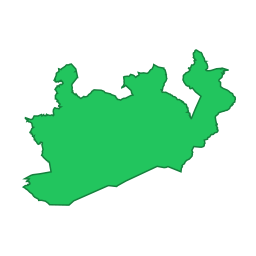 the district of Vicente Guerrero, Puebla, Mexico, rotated 97°
{"feature_id": "50627088B56083749221896", "entity_name": "Vicente Guerrero", "entity_type": "district", "adm_level": 2, "iso_a3": "MEX", "parent_name": "Mexico", "parent_adm1": "Puebla", "projection": "natural_earth1", "projection_center": [-97.21, 18.536], "detail": "fine", "context": "isolated", "style": "filled", "palette": "green", "viewbox_px": 256, "rotation_deg": 97, "n_neighbors": 0, "source": "geoboundaries", "source_scale": "gbopen_adm2", "svg_char_len": 5657}
<svg xmlns="http://www.w3.org/2000/svg" viewBox="0 0 256 256"><g transform="rotate(97 128 128)"><path d="M53.2,70.6L55.0,69.7L56.7,70.2L57.6,71.3L57.7,72.5L60.7,73.2L61.0,73.7L61.0,75.1L61.4,75.2L62.7,73.4L63.1,73.5L64.9,74.9L66.5,77.5L67.5,77.9L68.2,78.8L69.0,79.2L69.7,79.5L70.5,79.2L73.6,79.3L74.4,78.6L75.4,78.2L78.4,75.6L79.1,74.0L79.0,72.8L79.2,72.1L80.7,71.7L81.4,71.0L81.3,70.4L80.4,69.0L83.9,65.4L87.6,59.4L100.5,63.4L111.5,66.4L110.4,66.5L110.0,67.2L109.3,67.4L109.2,67.9L108.3,67.8L108.1,68.5L107.7,68.7L106.8,68.1L105.8,68.6L105.7,69.2L105.1,69.8L105.1,71.1L104.3,70.1L103.8,70.1L102.9,70.7L100.8,71.0L100.6,72.1L99.6,72.1L99.4,72.5L98.0,72.8L97.4,73.3L97.2,74.2L97.4,74.6L96.7,75.4L95.5,76.2L95.8,77.1L95.2,77.1L94.8,77.6L94.9,77.9L94.4,78.3L94.5,78.7L94.1,79.6L93.5,80.3L93.8,82.5L92.1,83.9L91.3,85.4L91.2,87.3L90.2,88.2L89.9,89.6L89.3,90.2L89.3,91.1L87.9,94.9L88.2,95.6L88.1,97.1L88.4,98.3L86.1,99.6L86.2,98.5L82.9,98.3L81.0,97.4L79.5,97.7L76.7,96.1L74.1,95.5L73.6,95.9L70.8,96.5L70.6,96.8L70.3,96.6L70.0,97.1L69.3,96.9L66.2,98.2L65.6,98.6L65.1,99.7L64.2,99.7L63.9,105.2L61.9,110.2L63.6,110.2L66.7,111.4L67.3,112.5L68.6,113.4L69.3,113.6L71.3,115.2L71.5,116.4L71.4,119.2L72.1,122.1L71.7,124.5L73.5,123.6L74.4,123.7L75.4,125.3L76.8,126.5L75.5,128.1L74.9,129.4L74.5,131.9L76.7,133.3L76.7,135.0L77.4,137.8L77.9,138.5L81.7,137.5L82.8,137.6L83.5,137.2L84.6,137.2L86.4,137.6L88.2,139.0L88.7,139.0L87.4,136.8L86.0,135.4L90.4,129.4L92.9,128.6L94.7,127.1L95.3,128.9L98.8,134.2L99.1,136.0L100.3,137.8L101.3,138.7L100.9,139.9L100.9,142.0L99.9,142.7L99.1,143.8L98.0,144.2L97.6,145.3L96.9,148.6L96.3,149.4L95.7,155.1L94.5,156.4L94.0,158.4L93.8,159.1L94.3,166.2L94.7,167.0L95.4,167.4L96.0,168.3L97.3,168.8L98.7,170.0L99.6,171.1L101.5,172.1L102.5,174.8L102.0,175.6L104.4,178.3L104.2,179.0L103.2,180.3L103.2,181.1L100.5,183.8L101.4,184.3L100.3,186.2L99.5,186.9L99.4,188.5L99.1,187.7L98.0,187.3L97.1,188.1L96.2,188.3L94.8,188.2L92.6,189.0L91.3,188.9L83.9,184.4L83.9,184.2L78.1,186.2L78.3,187.0L77.6,186.4L75.8,187.0L71.4,192.1L72.1,194.0L72.5,194.3L72.9,196.8L74.5,197.9L77.2,201.0L78.2,201.6L77.7,204.0L80.2,203.4L82.3,205.7L83.4,205.8L84.0,205.5L89.3,207.0L88.9,206.1L90.6,206.1L91.0,205.6L90.8,204.7L91.0,204.4L90.5,203.9L90.8,202.6L89.9,202.1L90.1,201.2L89.7,200.8L89.1,200.9L88.9,200.2L89.9,199.7L89.8,198.9L91.5,197.8L91.8,197.9L92.2,198.6L92.9,198.8L93.1,199.2L92.9,200.1L94.0,201.6L94.5,201.8L95.2,201.5L94.8,202.9L95.0,203.5L96.4,203.5L96.6,204.2L98.5,204.9L98.6,205.7L98.9,204.5L102.2,202.2L102.6,203.1L103.8,203.5L104.5,204.0L108.0,203.6L107.9,202.6L108.5,202.1L109.2,201.0L110.1,201.8L110.5,201.5L110.2,200.9L111.9,199.5L112.0,198.9L112.3,198.6L113.2,198.4L114.1,199.5L114.7,199.5L115.1,199.2L115.2,197.1L115.9,198.0L117.4,198.9L117.1,200.2L117.3,201.7L116.8,203.0L117.1,203.4L119.0,204.2L120.8,204.2L122.6,203.6L123.5,203.6L124.0,203.2L124.9,203.8L124.3,205.1L125.1,206.9L124.8,208.7L125.2,209.6L124.7,209.7L124.3,210.5L125.9,211.1L125.8,213.2L125.1,213.4L126.5,214.9L125.2,215.5L127.1,218.8L127.5,222.6L130.8,223.8L131.5,225.6L130.3,231.0L131.0,231.0L131.9,229.7L132.1,228.3L132.5,228.3L132.9,229.0L133.6,229.1L133.2,228.5L133.4,227.9L133.9,227.5L134.0,226.0L134.6,224.5L135.2,224.0L138.6,222.9L138.8,221.8L140.5,223.4L142.9,224.0L144.2,224.8L144.6,224.6L144.8,223.2L145.6,223.3L145.9,222.1L147.9,221.7L147.9,220.6L147.6,220.3L148.1,220.4L148.3,220.7L149.5,219.8L150.9,219.6L150.7,218.8L151.8,218.6L152.7,217.3L154.3,216.1L155.1,215.1L154.2,213.4L153.6,213.6L152.8,213.1L153.0,212.4L152.7,212.1L153.0,211.2L154.5,211.1L155.0,211.4L159.7,209.7L161.9,210.2L163.2,209.7L165.7,210.4L166.3,209.2L167.3,208.5L170.2,204.6L170.7,203.3L171.3,203.1L171.5,201.9L180.9,199.0L184.2,209.8L185.9,216.5L186.8,218.5L190.9,224.2L190.6,219.9L192.1,220.7L193.1,222.1L193.4,222.2L193.1,220.2L193.4,219.5L194.3,219.5L194.6,218.6L195.2,218.6L195.9,218.8L196.3,220.5L197.0,220.2L197.2,220.5L197.7,222.9L199.4,224.7L200.2,222.8L201.3,221.3L201.2,220.8L203.7,217.6L205.2,214.9L206.9,213.6L208.0,212.1L209.3,208.7L210.0,207.9L210.7,207.8L210.3,204.8L210.7,201.0L212.4,198.0L213.7,196.5L211.7,177.2L206.9,173.0L187.7,140.8L187.5,139.7L187.4,132.1L186.5,131.4L180.8,123.6L162.5,94.4L162.9,87.3L162.4,85.3L161.4,83.7L165.0,70.1L161.3,70.1L159.8,69.3L158.9,69.8L158.4,69.5L157.7,69.1L156.5,67.6L155.4,67.5L153.5,66.3L152.9,65.8L151.3,63.3L148.2,61.1L146.1,60.9L145.6,61.3L144.2,60.8L142.4,61.9L138.4,60.4L138.2,54.1L138.0,52.5L137.1,50.8L136.5,50.3L135.2,50.2L134.6,50.4L133.8,49.8L130.6,50.8L129.4,47.7L127.7,47.6L126.9,45.9L124.6,44.8L124.2,44.3L124.1,43.0L123.8,42.5L122.2,41.3L121.4,39.2L120.2,38.5L119.1,38.4L118.3,39.6L118.0,39.6L117.3,39.1L117.0,39.1L116.2,39.9L115.4,40.1L114.8,40.8L114.2,40.9L114.0,40.0L113.8,39.9L113.1,40.1L112.5,40.9L109.9,41.8L106.7,42.7L105.4,42.4L103.5,40.4L102.2,40.1L101.4,39.1L100.0,36.1L99.6,34.8L98.9,33.7L98.2,31.7L96.9,30.2L96.3,29.6L94.7,29.2L92.8,27.9L93.0,27.6L92.1,27.0L92.1,27.5L91.7,27.5L89.7,26.0L89.2,25.2L87.3,25.3L86.6,25.0L84.8,25.3L84.0,25.9L83.8,26.7L82.9,27.6L81.2,28.4L80.2,31.1L79.4,32.0L78.3,34.1L77.1,38.5L75.6,41.2L71.4,41.7L70.3,43.4L69.8,43.6L68.8,43.4L66.3,41.0L63.1,40.6L62.4,41.1L62.8,39.7L61.7,39.1L61.4,39.8L60.9,39.7L60.7,40.2L59.8,40.2L59.2,39.4L59.5,38.9L58.9,38.2L58.3,35.2L57.1,41.8L57.6,41.8L57.7,42.9L57.9,42.7L58.1,43.3L57.6,43.4L58.4,47.3L60.8,52.6L61.4,54.9L61.5,56.7L61.3,57.4L60.7,57.9L59.1,56.4L57.4,56.4L54.8,57.4L52.7,59.3L52.4,58.8L52.4,59.9L49.7,60.8L47.6,62.5L45.4,63.6L44.2,64.6L44.1,65.8L42.3,69.6L42.5,70.4L43.1,70.9L44.7,71.1L45.5,72.1L46.1,72.2L47.6,72.0L48.6,71.4L50.0,71.8L50.6,71.1L50.8,70.3L51.8,70.2L52.3,69.1L53.2,70.6Z" fill="#22c55e" stroke="#15803d" stroke-width="1.5"/></g></svg>